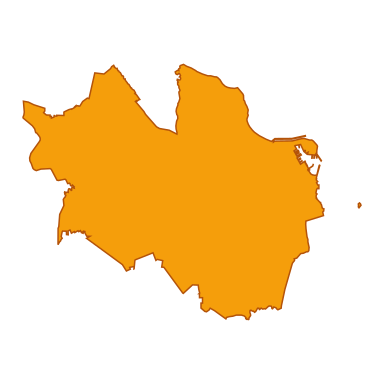 Veracruz, Veracruz, Mexico (Robinson projection)
{"feature_id": "50627088B35395028449016", "entity_name": "Veracruz", "entity_type": "district", "adm_level": 2, "iso_a3": "MEX", "parent_name": "Mexico", "parent_adm1": "Veracruz", "projection": "robinson", "projection_center": [-96.213, 19.184], "detail": "fine", "context": "isolated", "style": "filled", "palette": "amber", "viewbox_px": 384, "rotation_deg": 0, "n_neighbors": 0, "source": "geoboundaries", "source_scale": "gbopen_adm2", "svg_char_len": 5914}
<svg xmlns="http://www.w3.org/2000/svg" viewBox="0 0 384 384"><path d="M23.4,101.2L24.3,112.0L23.9,114.9L23.0,117.2L23.2,118.1L32.4,125.8L34.7,128.9L35.6,132.3L36.0,132.8L36.6,132.9L38.4,135.1L39.8,137.1L40.2,138.3L40.2,140.1L39.2,141.8L30.9,153.4L29.6,157.9L29.9,160.9L31.3,163.6L33.0,168.5L34.3,169.7L36.3,170.6L40.9,169.1L50.2,168.6L51.3,169.4L57.0,180.2L58.5,180.5L65.0,179.2L65.9,179.8L67.7,183.6L69.5,183.2L70.0,183.6L70.3,185.0L70.8,185.7L71.5,185.9L72.4,185.0L74.3,186.9L73.9,187.6L74.1,188.1L73.4,187.9L73.0,187.1L72.1,187.2L71.6,188.6L71.7,190.1L71.2,190.4L70.3,189.2L69.6,188.8L68.7,188.9L68.2,190.2L68.3,192.4L67.1,192.1L65.8,193.0L65.7,192.3L64.7,191.9L64.5,192.5L65.0,194.7L65.8,195.2L65.7,195.7L65.0,197.3L64.6,197.4L63.3,199.4L63.9,205.5L59.7,214.4L58.8,226.5L58.1,228.3L58.0,244.7L59.5,242.0L60.6,240.9L61.0,239.6L62.2,238.3L61.2,236.5L62.1,232.0L62.6,231.1L66.4,231.2L66.5,234.6L68.2,234.8L68.1,230.9L70.0,230.0L71.4,233.2L74.3,231.6L74.8,232.6L78.0,230.7L78.8,231.7L80.4,230.6L81.1,232.0L81.8,232.0L81.6,232.7L83.1,233.3L83.5,231.2L84.9,231.5L84.8,232.7L86.7,236.2L89.9,236.3L86.5,238.3L122.4,264.6L126.4,271.0L130.3,269.2L129.6,267.4L134.1,266.5L133.9,268.9L134.1,268.8L134.9,260.3L135.3,259.8L153.0,252.8L155.9,260.4L157.2,259.4L162.7,260.6L161.7,267.1L163.9,267.3L182.7,293.0L183.3,293.4L192.5,284.9L198.2,285.1L198.8,289.5L199.7,293.2L199.2,293.6L199.4,293.6L199.5,297.7L202.5,297.7L202.5,303.1L201.0,303.1L201.0,308.1L204.8,311.4L206.5,311.8L209.1,310.0L210.2,308.2L214.4,310.6L225.9,318.9L226.6,317.4L229.0,316.7L232.8,316.2L236.3,315.1L241.5,315.1L244.3,316.0L245.9,317.6L245.7,318.5L246.5,319.3L247.0,319.0L248.2,319.6L248.8,319.4L249.1,317.8L250.6,315.6L250.5,314.1L249.9,312.7L250.0,310.8L250.3,310.3L251.2,310.3L252.3,311.1L253.5,311.2L254.6,312.3L255.7,311.5L257.6,308.2L258.9,308.2L259.3,309.5L259.6,309.6L261.1,308.1L262.7,309.1L264.3,308.7L265.5,309.0L268.6,306.2L269.8,306.0L271.2,306.2L271.6,306.7L271.9,308.4L272.2,308.7L272.6,308.8L273.8,307.0L276.0,307.8L276.7,308.9L277.9,309.8L281.2,308.2L281.4,305.8L284.9,289.3L292.1,264.2L292.6,262.9L294.4,260.7L294.6,260.0L294.2,258.8L296.8,258.1L300.7,253.6L303.5,253.2L306.5,251.8L307.8,251.8L308.8,250.7L309.1,247.4L307.9,241.9L307.9,239.5L307.0,236.7L306.0,228.8L305.7,224.4L305.9,221.1L323.5,215.6L322.7,212.0L323.8,210.9L323.6,209.6L324.0,209.0L322.3,208.1L321.4,204.5L320.5,203.3L320.6,202.5L319.9,202.3L316.5,198.6L316.8,198.4L316.6,197.9L316.3,198.0L316.1,196.1L316.4,194.6L316.8,194.1L317.5,194.4L315.9,193.0L316.6,189.6L317.4,188.3L318.8,188.6L318.9,189.4L318.9,185.0L317.9,185.1L316.5,182.7L317.7,181.6L316.3,179.9L316.6,178.8L316.3,178.7L316.5,177.2L319.8,165.4L319.4,165.2L319.1,165.7L316.8,175.1L314.5,175.3L312.3,174.8L310.8,173.9L308.6,170.7L309.0,170.4L308.6,170.4L309.3,169.8L309.2,169.6L308.5,170.2L307.9,169.4L312.8,166.0L313.4,163.8L312.7,165.9L308.6,168.7L306.8,165.6L307.2,165.6L306.9,165.0L306.8,165.4L304.9,162.3L305.2,162.1L305.8,162.8L305.2,161.6L304.9,162.2L304.5,161.5L300.5,164.2L299.7,162.7L302.1,161.0L301.9,160.7L299.5,162.3L298.5,160.6L300.7,159.0L300.2,158.1L298.0,159.6L297.0,158.0L301.3,155.0L300.5,153.8L297.0,156.1L296.1,154.7L299.0,152.8L298.8,152.5L296.0,154.4L295.5,153.5L298.8,151.3L298.4,150.6L298.0,150.9L297.6,150.4L294.8,152.4L294.0,150.9L296.6,149.1L294.8,145.9L295.3,145.5L298.7,144.9L299.2,147.6L299.4,147.6L299.0,144.9L300.6,144.5L303.7,151.1L304.8,150.4L305.3,150.5L305.4,151.1L304.4,151.9L306.6,153.8L307.1,152.7L308.0,152.3L307.4,153.8L307.7,153.9L307.6,154.4L310.5,154.7L310.6,155.1L310.6,154.7L312.1,154.8L311.8,158.2L312.1,158.2L312.4,154.8L314.1,155.1L313.9,158.1L314.2,158.1L314.4,155.3L314.6,155.0L315.2,155.2L315.9,153.9L316.5,157.9L316.9,157.8L316.2,153.9L316.4,153.8L321.1,161.0L321.4,160.6L316.8,153.9L316.8,150.7L317.5,146.2L316.8,144.9L313.4,141.1L311.8,140.0L309.8,140.1L304.3,138.5L301.4,138.7L292.4,140.9L275.8,141.1L274.4,141.3L273.3,142.2L273.1,140.7L274.8,139.2L291.9,139.1L305.4,136.2L305.3,135.6L291.9,138.5L274.9,138.6L271.4,141.4L266.0,139.2L259.3,135.7L254.5,132.3L252.4,130.2L249.7,126.8L248.3,124.3L247.1,121.1L246.9,119.1L248.2,115.2L247.6,113.5L248.2,110.0L246.9,106.4L245.3,103.5L244.6,101.0L243.7,100.0L243.5,95.4L242.8,93.9L237.6,87.7L234.6,88.4L230.4,88.0L227.6,87.4L225.1,86.2L222.4,83.7L220.0,79.8L217.6,77.5L216.4,76.9L214.6,76.8L210.7,75.8L207.8,75.8L202.4,74.0L196.6,71.4L195.9,70.7L191.2,68.0L186.7,66.3L183.5,64.4L180.2,65.6L179.8,66.5L180.1,67.9L178.7,68.9L178.8,70.6L177.8,70.2L175.2,71.9L175.7,73.6L176.3,74.2L177.3,74.6L178.1,74.2L178.5,73.5L179.1,73.3L179.8,74.0L180.5,75.5L179.4,76.9L180.3,77.2L180.6,78.2L180.6,79.0L179.9,80.0L178.8,80.0L177.9,79.3L177.3,79.3L177.1,80.3L178.2,82.2L177.6,82.6L177.7,84.6L178.9,86.2L178.9,87.7L180.0,90.2L179.8,90.9L179.1,91.5L178.9,92.7L179.9,98.6L178.7,102.3L177.9,103.4L177.9,105.0L176.5,108.6L176.1,111.3L176.8,114.6L177.6,115.7L177.8,118.5L176.6,121.1L175.9,125.9L176.1,129.0L177.0,132.5L176.9,134.1L169.2,130.2L159.5,128.5L156.5,126.8L145.5,114.3L143.9,111.5L135.4,101.4L136.6,100.6L137.0,101.2L138.6,99.9L139.8,99.5L136.5,94.8L135.0,93.7L135.6,93.4L135.6,93.1L134.0,90.2L132.2,89.2L131.5,87.9L130.9,87.9L129.0,84.5L127.6,83.6L127.3,82.8L125.4,80.4L125.1,78.9L124.4,79.1L123.6,78.4L123.5,76.6L122.9,75.8L122.0,75.8L120.4,72.7L119.0,71.7L118.8,71.0L117.9,70.6L117.1,68.4L116.7,68.6L115.8,68.2L114.4,67.2L114.6,66.9L113.7,65.3L111.6,66.7L110.6,68.6L104.0,74.0L94.8,72.9L89.0,98.6L87.3,98.1L82.7,101.5L80.0,105.9L79.0,106.2L77.9,105.7L76.5,105.9L75.5,106.7L75.6,106.0L74.4,107.1L73.8,108.0L71.6,109.2L71.4,108.9L68.9,109.6L64.3,111.8L63.9,112.1L63.9,115.5L56.7,115.3L56.7,116.1L56.0,116.1L54.3,116.0L54.2,114.9L54.0,117.1L51.4,118.1L51.4,116.4L50.1,116.6L50.1,115.1L46.4,115.0L43.6,112.7L44.8,111.0L44.8,108.3L33.9,104.8L28.3,102.1L23.4,101.2ZM359.0,207.8L361.0,205.3L360.5,203.9L359.5,202.9L358.3,203.9L358.5,206.0L358.3,206.9L359.0,207.8Z" fill="#f59e0b" stroke="#b45309" stroke-width="1.5"/></svg>